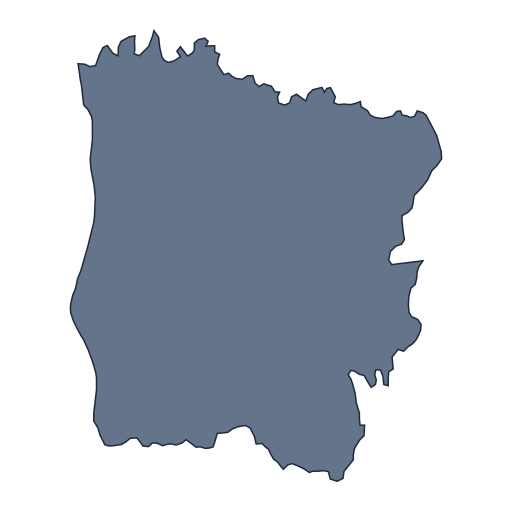 Ribamar Fiquene, Maranhão, Brazil
{"feature_id": "56859067B76896659935241", "entity_name": "Ribamar Fiquene", "entity_type": "district", "adm_level": 2, "iso_a3": "BRA", "parent_name": "Brazil", "parent_adm1": "Maranhão", "projection": "natural_earth1", "projection_center": [-47.299, -5.958], "detail": "fine", "context": "isolated", "style": "filled", "palette": "slate", "viewbox_px": 512, "rotation_deg": 0, "n_neighbors": 0, "source": "geoboundaries", "source_scale": "gbopen_adm2", "svg_char_len": 3221}
<svg xmlns="http://www.w3.org/2000/svg" viewBox="0 0 512 512"><path d="M83.7,105.0L88.1,109.8L91.6,116.8L92.4,121.6L92.4,139.8L90.2,158.8L90.8,168.1L94.2,186.1L95.3,197.4L94.5,216.2L93.6,223.0L88.0,245.7L80.7,271.2L77.6,278.6L75.7,288.0L72.7,295.3L70.8,303.5L70.4,308.1L70.7,312.8L73.5,321.1L76.7,327.6L80.8,335.4L83.3,339.2L88.0,349.4L90.6,356.2L93.2,363.6L95.9,373.2L96.5,377.7L96.5,389.8L93.8,413.0L93.7,420.9L97.9,427.9L100.2,435.6L104.9,444.8L108.5,445.9L112.4,445.9L121.3,444.5L125.6,442.1L130.3,438.3L136.8,437.9L140.1,441.9L143.0,446.1L148.6,446.6L152.3,443.0L156.8,443.1L162.6,445.7L167.5,444.2L171.4,443.9L176.0,445.0L182.1,443.0L186.1,439.7L191.3,443.5L195.9,447.1L200.5,446.9L205.4,448.4L209.5,448.0L213.2,446.8L215.0,441.2L217.3,433.4L222.9,432.9L227.8,432.3L232.8,428.7L238.2,426.7L245.5,425.5L250.0,427.9L254.3,436.2L256.2,444.0L262.0,443.5L265.3,446.8L268.4,449.2L270.8,454.3L273.6,459.1L277.7,462.2L280.5,466.0L283.4,469.3L287.9,464.8L292.2,463.6L297.4,465.7L304.0,468.8L309.3,472.5L312.9,471.2L318.0,471.2L323.7,470.7L328.4,471.6L330.2,479.0L337.1,481.3L343.0,478.4L344.0,471.4L353.3,459.8L353.4,454.4L354.3,449.0L356.5,445.0L359.9,439.7L364.0,435.8L364.6,425.2L360.0,425.1L359.4,418.6L359.4,413.1L356.3,402.9L355.2,393.7L354.0,389.0L352.5,383.6L350.6,378.4L348.2,375.1L350.6,370.5L354.4,371.1L359.4,374.4L364.0,375.3L367.3,381.2L371.2,387.4L375.4,384.5L376.3,380.0L374.7,374.6L375.9,369.7L380.5,370.1L382.9,376.2L383.8,384.5L388.2,385.7L388.2,378.1L388.7,371.7L393.2,369.0L392.5,361.4L392.1,356.8L394.8,353.8L398.0,349.4L403.7,351.2L408.0,346.8L412.7,343.7L415.8,340.2L418.2,336.0L420.6,330.2L421.0,324.3L417.6,319.3L411.5,316.7L409.0,312.3L408.4,304.5L408.8,296.5L410.9,288.2L415.3,284.2L416.8,277.8L417.0,272.4L418.8,266.8L422.9,260.8L406.4,262.8L391.7,264.6L388.7,259.9L390.5,251.4L395.8,246.2L401.7,244.1L404.4,239.6L403.3,232.5L401.9,220.0L402.1,215.6L407.8,212.4L411.9,208.2L412.9,204.0L414.1,195.4L417.4,192.2L421.9,187.4L427.8,179.6L431.6,171.0L437.4,165.0L441.6,158.8L441.2,151.6L437.8,139.5L436.6,135.3L426.2,115.4L423.1,112.7L417.2,110.9L414.6,116.3L410.6,117.5L406.2,115.7L402.1,115.1L400.5,110.9L396.6,111.4L392.9,116.0L387.3,117.5L382.1,118.5L375.1,117.5L370.3,115.2L367.5,110.7L361.2,106.7L360.3,101.5L356.3,103.2L350.6,104.6L343.9,104.1L338.2,104.6L333.7,102.6L335.3,96.8L333.1,92.6L330.4,87.6L326.8,88.5L324.4,92.1L321.9,87.4L317.2,88.6L312.9,89.7L308.2,94.2L305.8,101.0L301.0,97.5L296.5,94.2L291.5,96.8L289.6,102.9L284.5,105.1L278.5,102.9L277.5,96.8L279.6,92.1L275.1,91.9L271.4,86.2L263.8,83.8L259.0,86.6L255.1,83.1L252.8,75.6L247.4,75.8L242.3,79.3L235.6,78.4L231.7,76.1L228.6,73.2L223.9,74.6L220.8,69.9L217.3,64.3L218.1,58.8L219.7,54.3L214.7,52.0L214.7,45.8L210.5,45.8L206.0,46.3L208.1,41.3L204.7,38.1L198.3,39.6L194.4,43.0L194.3,50.5L191.6,53.6L187.5,56.0L180.4,46.7L176.9,51.2L180.4,56.7L173.9,61.0L168.2,62.4L164.1,60.2L161.9,56.7L159.8,47.7L158.6,37.3L153.9,30.7L152.5,36.3L148.6,46.5L139.4,55.7L134.2,53.9L134.8,49.6L134.5,41.4L134.9,35.7L129.3,36.9L125.8,38.7L121.0,41.4L118.3,47.2L118.1,55.7L112.9,53.3L107.3,45.5L103.0,47.5L99.4,54.7L95.6,65.7L89.8,66.6L84.9,64.2L78.0,63.7L79.5,73.4L80.2,79.4L81.4,84.8L83.7,105.0Z" fill="#64748b" stroke="#1e293b" stroke-width="1.5"/></svg>